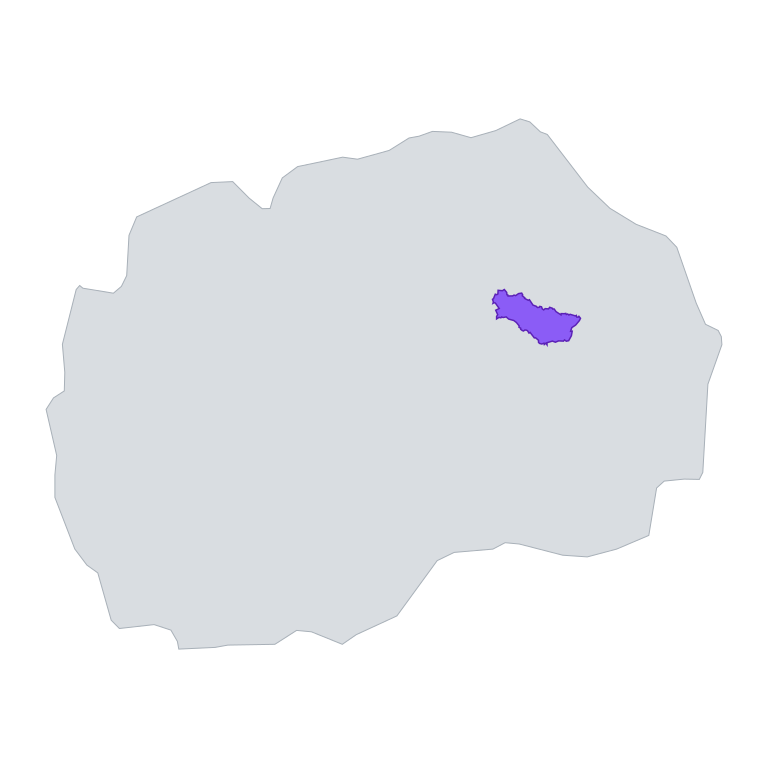 location of Karbintsi, Karbinci, North Macedonia
{"feature_id": "65306769B40750666784819", "entity_name": "Karbintsi", "entity_type": "district", "adm_level": 2, "iso_a3": "MKD", "parent_name": "North Macedonia", "parent_adm1": "Karbinci", "projection": "albers", "projection_center": [22.294, 41.797], "detail": "fine", "context": "in_parent", "style": "filled", "palette": "violet", "viewbox_px": 768, "rotation_deg": 0, "n_neighbors": 0, "source": "geoboundaries", "source_scale": "gbopen_adm2", "svg_char_len": 2412}
<svg xmlns="http://www.w3.org/2000/svg" viewBox="0 0 768 768"><path d="M342.9,157.2L357.5,159.2L389.2,150.4L409.0,138.0L419.0,136.2L432.4,131.4L451.5,132.2L471.0,137.7L495.7,130.6L520.1,118.9L529.8,121.9L540.3,131.8L547.3,134.5L587.7,187.1L609.9,208.3L636.1,224.3L666.0,236.0L676.8,247.3L696.2,303.1L705.5,324.3L718.2,330.5L721.3,336.6L721.9,344.7L707.9,384.2L702.8,472.4L699.3,479.4L684.2,479.1L664.2,481.1L656.6,488.0L648.8,535.4L616.6,549.1L587.3,556.9L562.7,555.2L519.2,544.0L505.1,542.7L492.9,549.1L454.2,552.4L437.2,560.6L396.9,615.9L356.2,634.7L342.3,644.3L311.4,631.8L296.6,630.4L274.9,644.3L227.8,645.1L215.1,647.4L178.8,649.1L177.4,641.4L170.9,630.1L154.1,624.6L119.4,628.5L111.2,620.2L97.8,572.9L86.9,565.1L74.8,549.0L54.9,497.4L54.9,475.0L56.7,455.5L46.1,409.4L53.5,397.9L64.3,390.9L64.8,372.4L62.4,344.3L76.2,289.5L79.7,285.5L82.9,288.2L113.4,293.2L121.4,286.4L126.7,275.6L129.0,235.3L136.7,216.9L211.0,182.6L232.7,181.6L249.1,198.1L262.2,208.7L270.1,208.5L273.1,198.0L282.3,177.9L297.6,166.6L342.5,157.2L342.9,157.2Z" fill="#d9dde1" stroke="#a8b0b8" stroke-width="1"/><path d="M580.5,318.3L578.9,316.3L578.1,317.2L576.8,317.1L576.3,315.4L575.4,315.9L570.1,314.3L568.9,315.0L567.7,314.0L566.3,314.5L565.8,313.4L564.2,313.7L561.2,313.6L561.0,314.9L556.0,311.6L554.2,309.0L552.8,309.1L552.5,308.3L549.7,307.3L548.5,308.9L545.2,308.6L543.7,309.9L542.3,308.9L541.5,306.8L539.8,306.4L539.3,307.3L537.4,307.5L536.3,306.3L533.0,305.1L529.4,299.7L528.3,300.3L524.6,298.4L524.8,297.8L522.3,295.8L522.7,294.9L521.7,293.1L518.5,293.6L515.7,295.6L514.0,295.1L512.7,295.9L508.0,296.0L507.9,295.0L506.9,294.7L506.7,292.4L504.3,289.5L502.4,290.7L498.1,290.3L497.9,294.0L496.7,294.7L495.3,294.2L493.5,298.6L492.5,299.3L493.4,302.0L493.0,303.3L494.1,302.7L495.4,303.1L499.2,308.5L495.7,310.2L497.7,314.7L496.6,316.4L496.6,318.9L499.0,317.4L500.9,317.8L501.5,317.0L503.2,317.5L506.2,316.9L508.7,319.1L513.8,320.5L516.4,322.5L519.1,325.8L519.0,327.3L520.7,328.2L520.7,329.3L522.2,330.5L523.5,331.0L524.9,330.0L526.5,330.2L527.5,330.7L529.0,333.1L530.1,332.4L534.3,337.9L535.6,337.8L538.5,340.3L538.5,342.3L539.5,343.4L541.8,344.0L544.0,343.2L544.3,344.5L545.9,343.2L547.0,344.8L547.0,342.7L552.4,341.1L555.4,342.2L558.6,340.9L563.5,341.1L564.5,339.9L566.3,341.2L568.7,340.7L571.4,335.7L572.2,331.2L570.6,331.3L571.8,327.6L575.6,325.1L579.4,320.6L580.5,318.3Z" fill="#8b5cf6" stroke="#5b21b6" stroke-width="1.5"/></svg>